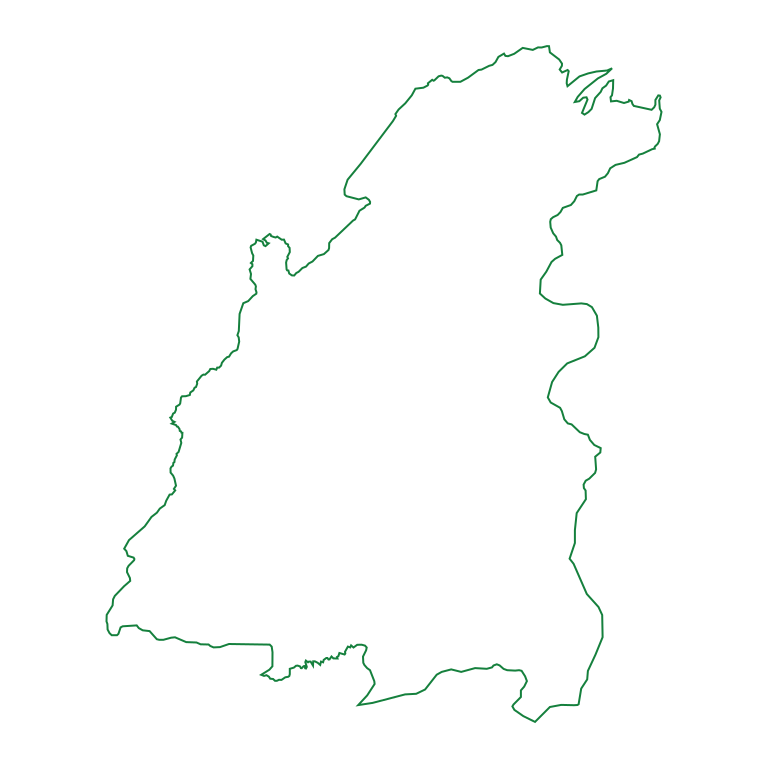 outline of Mitwaba, Katanga, Democratic Republic of the Congo
{"feature_id": "63176286B64695958976401", "entity_name": "Mitwaba", "entity_type": "district", "adm_level": 2, "iso_a3": "COD", "parent_name": "Democratic Republic of the Congo", "parent_adm1": "Katanga", "projection": "mercator", "projection_center": [27.057, -9.113], "detail": "fine", "context": "isolated", "style": "outline", "palette": "green", "viewbox_px": 768, "rotation_deg": 0, "n_neighbors": 0, "source": "geoboundaries", "source_scale": "gbopen_adm2", "svg_char_len": 6057}
<svg xmlns="http://www.w3.org/2000/svg" viewBox="0 0 768 768"><path d="M127.8,555.8L133.6,557.6L134.4,559.0L134.1,560.2L128.6,565.8L127.2,568.3L127.0,572.1L129.9,578.0L130.2,580.9L124.1,586.2L114.8,595.9L113.1,599.3L112.6,605.4L106.7,614.9L106.5,621.4L107.4,624.0L107.6,629.5L109.5,633.1L111.7,635.2L117.0,635.2L118.4,633.9L120.6,627.4L122.7,626.3L136.7,625.4L138.8,628.1L142.7,630.3L149.6,631.1L156.8,639.2L159.2,639.8L163.4,639.8L171.1,637.7L175.0,637.3L186.2,642.1L196.5,642.5L200.6,644.3L208.6,644.5L210.3,646.0L213.6,647.4L220.0,647.1L229.0,644.0L269.7,644.6L271.7,646.6L272.5,652.2L272.4,666.3L269.4,669.7L261.2,674.8L264.0,675.9L266.5,675.2L268.9,676.7L270.2,678.7L273.1,679.0L275.0,680.8L276.9,680.8L279.0,679.8L281.5,679.9L285.3,677.3L288.2,676.8L289.3,676.0L289.8,674.2L289.8,668.8L293.9,667.6L296.0,665.8L297.6,665.6L300.0,666.4L300.9,668.1L301.7,668.2L303.6,666.2L304.7,666.0L305.2,668.3L306.0,668.5L306.8,666.9L305.3,662.1L305.9,660.6L308.0,662.3L308.9,661.6L310.6,661.6L313.0,665.6L313.2,661.3L314.8,661.3L317.7,662.8L320.2,664.9L321.0,661.6L323.1,662.3L323.7,659.9L326.3,658.0L327.4,658.0L328.5,659.5L329.5,659.4L331.5,656.5L333.4,658.4L337.5,658.5L337.0,657.0L338.4,656.1L339.4,653.0L344.6,654.5L345.3,653.6L345.0,651.8L347.9,646.6L350.2,647.4L351.1,645.4L353.5,647.5L357.2,644.8L361.6,644.7L365.0,645.6L366.7,647.5L366.1,650.3L363.0,656.6L363.3,662.8L364.4,665.0L367.1,668.1L370.0,670.2L374.3,681.2L374.6,684.0L367.2,695.4L358.2,705.1L372.6,702.9L405.1,694.4L416.2,693.8L425.1,689.5L436.7,674.7L441.7,671.9L451.2,669.4L461.2,671.9L475.1,668.1L486.8,668.8L492.0,667.4L493.5,665.5L496.8,664.3L499.6,665.4L503.6,668.9L507.2,670.2L515.2,670.6L519.1,670.2L521.6,670.8L525.1,676.3L526.9,681.1L524.2,686.6L520.9,690.4L520.9,697.0L513.5,704.5L512.4,706.4L514.4,709.9L523.3,716.1L535.0,721.9L549.9,707.0L561.2,704.9L574.0,705.2L577.4,705.0L578.6,704.3L581.2,688.6L587.2,679.4L587.9,670.9L595.5,654.6L602.6,637.2L602.2,615.0L598.5,607.0L586.8,594.0L573.6,563.8L569.6,558.7L574.9,543.0L574.9,530.1L576.7,513.1L585.9,499.2L585.6,490.5L583.9,488.1L583.6,484.6L585.7,480.7L589.2,478.7L595.1,472.9L596.1,469.4L595.2,456.7L600.3,452.5L600.7,448.1L594.3,445.0L589.9,439.9L587.9,434.7L584.3,434.0L579.8,432.2L571.6,424.4L567.8,423.4L564.3,419.3L561.9,411.2L560.1,407.8L550.7,402.5L547.8,397.4L552.1,382.0L558.6,371.9L567.2,363.4L584.9,356.3L594.5,347.8L598.4,337.2L598.3,327.6L596.9,315.7L591.9,307.1L586.9,304.1L581.3,303.4L562.8,304.8L553.4,303.1L545.3,298.5L539.9,293.5L540.7,279.6L546.3,271.7L551.5,262.0L555.1,258.8L562.3,254.9L561.3,245.3L560.0,242.8L557.2,240.0L556.0,236.6L553.2,233.3L550.7,227.6L550.2,221.8L550.8,219.2L553.1,217.2L557.6,215.0L560.5,212.0L562.8,207.9L570.9,205.0L574.3,201.2L576.9,196.0L579.2,194.5L582.9,194.5L596.3,190.4L597.6,181.2L599.2,179.1L605.0,176.7L607.9,173.2L610.2,168.3L615.5,164.9L624.4,162.8L637.0,157.1L639.0,154.6L642.8,153.6L652.1,149.2L654.7,148.6L654.4,147.8L655.0,146.5L657.7,143.9L659.1,141.2L659.9,134.3L657.1,124.2L659.8,120.1L661.5,111.9L659.8,108.7L659.2,100.4L660.6,97.4L659.9,95.6L658.3,95.4L655.4,100.0L655.4,104.7L654.2,107.3L651.6,109.8L633.8,105.9L632.4,103.9L631.6,101.2L629.1,100.0L628.7,101.6L624.0,103.0L616.7,100.8L611.0,101.4L610.5,97.2L612.0,95.3L613.0,88.4L613.2,80.2L608.8,81.5L606.1,85.6L602.4,88.3L600.7,91.9L595.1,98.1L591.6,108.9L588.4,112.1L584.5,114.6L582.0,112.9L587.5,99.6L586.5,97.3L583.2,97.7L579.3,101.2L574.8,102.0L577.7,96.9L584.6,89.0L597.9,78.4L606.3,73.8L612.1,68.3L607.2,70.5L596.5,71.5L588.2,73.4L579.5,76.4L567.5,86.2L566.7,83.3L566.9,79.7L568.7,71.2L567.6,70.0L562.1,72.5L559.7,69.5L561.9,65.8L562.0,63.6L559.2,59.5L549.9,52.4L549.0,46.2L547.0,46.1L541.6,47.5L538.0,47.4L532.8,49.9L522.7,47.9L514.2,53.8L508.0,56.2L505.4,55.9L504.0,53.6L498.4,56.9L495.5,62.1L492.5,64.9L489.2,65.8L481.5,69.6L478.5,70.0L468.0,77.7L460.4,81.8L452.5,81.8L451.3,81.0L449.4,78.3L447.3,77.4L444.8,77.7L442.6,75.9L441.2,75.6L438.6,76.3L434.3,80.4L433.5,80.7L432.2,79.8L427.9,83.3L428.2,84.7L427.6,85.5L423.4,87.7L415.4,88.7L411.8,95.3L405.3,103.3L398.6,109.5L395.4,114.1L396.1,115.8L392.9,121.1L360.7,163.8L347.6,179.7L344.4,189.3L344.7,194.6L346.5,196.2L358.8,199.4L365.7,197.4L368.9,199.8L370.1,201.9L370.0,203.6L365.7,205.8L364.5,207.6L359.5,210.7L355.1,219.4L353.0,220.6L335.0,237.7L332.2,239.2L329.2,243.1L329.1,248.1L328.5,250.0L323.9,254.1L317.9,255.9L312.5,261.5L308.7,263.5L306.0,266.6L302.4,268.0L298.6,271.8L296.3,273.0L294.2,275.5L291.9,275.4L289.2,273.5L288.4,270.5L287.1,270.3L286.6,269.4L286.1,262.6L286.7,260.0L288.0,258.4L287.3,256.9L289.8,252.1L289.6,247.9L288.1,246.2L288.1,244.5L285.6,243.4L284.0,239.6L281.7,239.7L277.2,236.6L275.7,237.5L273.7,237.0L271.1,236.0L270.6,234.5L269.6,234.0L263.1,239.1L265.5,240.5L266.8,242.7L268.7,243.3L265.5,246.1L263.8,245.3L262.5,241.7L256.4,239.7L255.9,242.5L254.9,243.8L251.2,245.8L250.6,247.4L252.1,253.2L253.3,255.5L253.0,260.9L250.9,263.0L252.4,264.2L252.4,266.2L249.6,269.4L251.0,274.0L250.4,278.9L255.3,284.7L255.9,286.4L255.5,289.2L256.5,292.3L256.3,293.7L252.8,296.1L248.2,301.1L243.3,303.2L239.6,313.9L238.8,331.1L237.4,335.2L238.7,337.4L239.2,341.6L237.5,349.0L236.7,350.1L233.2,351.4L231.1,353.3L229.0,356.7L227.2,357.1L224.4,359.6L221.9,362.8L221.1,365.6L219.1,367.6L217.2,367.6L216.3,369.7L213.0,368.8L210.3,369.0L209.2,371.1L205.1,374.7L203.4,374.6L201.6,375.7L196.9,381.5L197.2,383.7L196.0,387.0L194.6,387.7L193.3,390.4L190.3,392.5L189.8,395.0L185.8,396.2L182.0,396.3L181.0,397.6L180.2,403.4L179.5,404.6L176.1,406.7L176.0,409.7L174.8,412.6L173.1,413.6L171.8,417.0L170.3,417.6L172.3,420.8L174.5,421.9L171.8,423.6L176.1,425.1L176.9,426.5L177.9,426.7L179.5,429.0L179.8,430.9L181.0,431.4L181.5,432.7L182.4,432.8L182.1,437.6L180.5,439.5L181.3,442.9L178.6,451.9L176.5,453.9L176.9,455.3L174.7,459.5L174.4,462.1L173.4,462.8L173.0,465.6L171.5,466.7L170.5,468.4L170.6,472.6L173.1,475.6L174.4,478.5L176.0,485.7L173.9,488.9L175.2,490.4L171.9,494.4L169.6,494.6L166.2,500.8L164.7,505.1L159.8,508.6L156.9,512.7L151.5,516.9L144.7,526.4L129.0,540.1L124.2,548.7L126.4,551.1L127.8,555.8Z" fill="none" stroke="#15803d" stroke-width="2"/></svg>